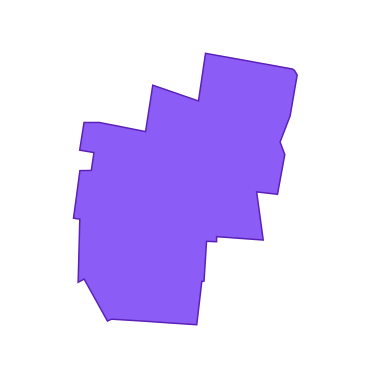 outline of Washington, Vermont, United States of America, rotated 342°
{"feature_id": "52423323B84121936183506", "entity_name": "Washington", "entity_type": "district", "adm_level": 2, "iso_a3": "USA", "parent_name": "United States of America", "parent_adm1": "Vermont", "projection": "orthographic", "projection_center": [-72.628, 44.26], "detail": "fine", "context": "isolated", "style": "filled", "palette": "violet", "viewbox_px": 384, "rotation_deg": 342, "n_neighbors": 0, "source": "geoboundaries", "source_scale": "gbopen_adm2", "svg_char_len": 600}
<svg xmlns="http://www.w3.org/2000/svg" viewBox="0 0 384 384"><g transform="rotate(342 192 192)"><path d="M55.8,242.7L62.5,241.5L71.7,288.6L76.2,288.1L104.2,299.1L133.7,311.0L155.5,319.7L173.7,280.1L175.9,280.5L190.6,243.4L200.0,246.9L201.6,242.1L244.9,259.7L253.5,211.9L272.6,220.6L291.8,185.1L291.2,171.7L308.8,150.0L328.2,113.2L327.0,108.0L325.7,106.2L289.5,86.7L247.7,64.3L227.0,106.0L226.2,107.4L187.7,78.3L166.5,120.2L125.3,97.2L110.8,92.5L98.1,117.5L110.9,124.2L102.9,140.4L92.0,137.0L83.2,155.4L71.2,180.3L76.9,183.2L55.8,242.7Z" fill="#8b5cf6" stroke="#5b21b6" stroke-width="1.5"/></g></svg>